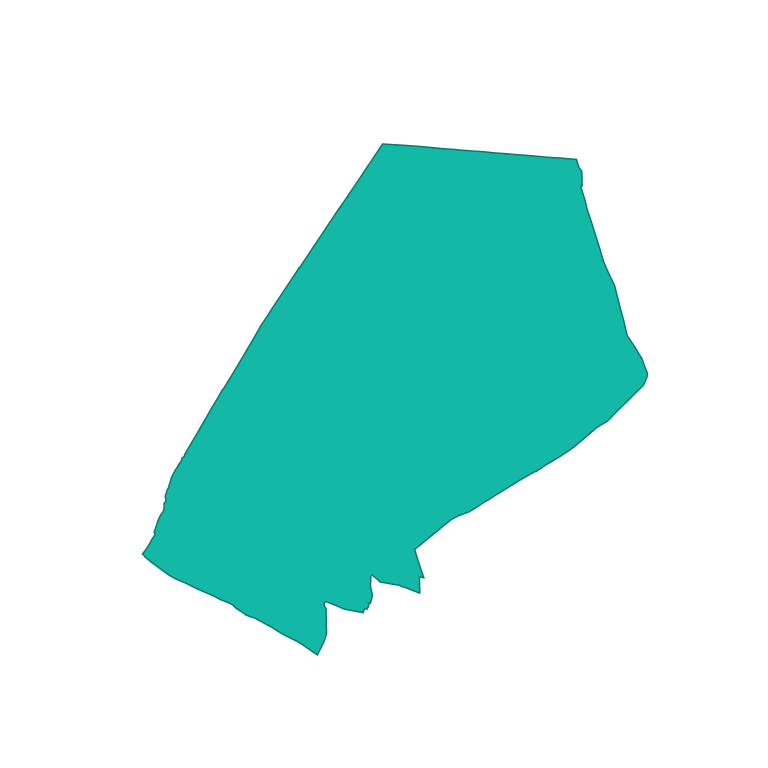 outline of Tam Nong, Ðong Tháp, Vietnam, rotated 318°
{"feature_id": "81297802B81919693811276", "entity_name": "Tam Nong", "entity_type": "district", "adm_level": 2, "iso_a3": "VNM", "parent_name": "Vietnam", "parent_adm1": "Ðong Tháp", "projection": "robinson", "projection_center": [105.496, 10.734], "detail": "fine", "context": "isolated", "style": "filled", "palette": "teal", "viewbox_px": 768, "rotation_deg": 318, "n_neighbors": 0, "source": "geoboundaries", "source_scale": "gbopen_adm2", "svg_char_len": 3943}
<svg xmlns="http://www.w3.org/2000/svg" viewBox="0 0 768 768"><g transform="rotate(318 384 384)"><path d="M597.0,511.4L597.1,510.8L604.7,497.0L611.1,484.3L617.3,472.6L621.1,465.4L621.6,463.8L621.7,463.3L627.1,445.7L629.3,439.5L635.2,427.2L640.2,416.3L645.9,403.8L650.6,393.0L652.4,389.0L655.9,382.9L662.3,369.0L663.0,368.6L663.8,369.4L673.3,358.4L673.8,353.4L677.3,345.9L673.6,342.0L666.2,334.0L657.7,325.4L655.4,322.9L646.6,313.4L641.1,307.5L637.6,304.0L630.7,296.5L628.9,294.6L624.6,290.2L620.6,286.0L619.0,284.2L614.2,278.9L611.0,275.5L604.3,268.7L602.4,266.6L597.2,261.2L593.0,256.5L591.1,254.6L584.1,247.3L575.6,237.9L566.9,228.6L557.7,219.1L548.9,210.2L543.6,204.7L528.3,208.6L523.3,209.9L518.2,211.1L501.5,215.4L491.9,217.8L486.4,219.1L481.2,220.5L468.3,223.5L468.2,223.5L467.7,223.5L453.9,227.1L422.8,235.0L399.0,241.1L398.7,240.8L384.2,244.6L357.3,251.5L352.2,252.8L341.1,255.9L330.4,258.5L328.4,259.4L309.9,265.3L299.0,268.8L293.9,270.4L275.9,275.9L261.0,280.3L260.9,280.3L260.8,280.0L260.6,280.0L251.5,283.0L238.4,287.0L228.8,290.2L223.3,291.9L215.3,294.6L201.0,299.1L189.0,302.9L188.8,303.0L186.9,304.2L184.4,303.8L183.8,304.3L181.4,305.7L179.5,306.1L177.6,306.4L175.9,307.1L173.3,307.9L171.4,308.3L167.1,309.9L163.5,311.2L159.4,313.8L154.7,316.7L151.1,318.1L148.1,320.0L146.2,321.1L145.7,321.9L144.6,324.0L143.3,325.0L142.0,325.3L140.8,325.5L140.1,326.2L137.4,329.3L135.0,330.9L130.4,331.9L125.8,333.7L113.8,340.5L113.7,341.2L113.5,342.1L112.6,342.9L106.6,344.4L102.5,346.0L97.0,347.5L90.7,348.7L90.8,349.0L90.8,353.1L91.9,361.1L94.7,374.5L96.4,382.5L99.1,390.3L103.8,400.2L108.0,411.1L115.3,427.1L115.8,428.2L118.4,435.4L120.5,439.3L122.6,443.8L123.8,446.9L123.8,447.2L123.8,449.4L124.1,452.1L125.2,456.2L126.2,459.7L126.4,460.7L126.8,463.3L128.9,467.5L130.4,469.8L131.6,472.3L133.5,477.5L135.5,483.4L137.8,489.5L139.7,496.7L141.6,502.7L144.6,510.7L146.9,516.3L148.2,520.3L149.1,523.6L150.5,529.6L151.1,532.2L152.1,536.4L152.8,539.1L153.2,540.8L160.9,537.8L167.7,535.0L172.4,532.3L174.0,531.4L177.3,527.6L180.6,523.6L183.6,520.3L190.6,512.2L190.8,510.4L191.6,508.1L193.1,506.6L195.0,506.6L195.9,507.9L201.6,519.7L203.3,523.7L203.9,524.7L205.7,527.2L209.6,532.2L211.9,535.3L215.0,539.1L215.7,540.1L216.7,539.2L219.4,537.9L220.7,540.0L222.5,539.3L224.0,538.7L224.5,538.4L225.0,537.9L225.9,536.4L227.1,537.8L227.4,537.7L228.5,537.0L230.4,535.9L232.6,534.3L233.9,533.3L234.6,532.4L236.2,529.5L237.5,527.0L239.0,525.0L240.0,523.6L242.7,521.3L243.9,519.8L245.3,518.1L247.4,518.1L247.6,519.9L248.0,522.4L248.3,523.6L248.6,527.7L248.7,528.5L248.9,529.1L249.2,529.6L250.4,530.8L251.3,531.9L253.4,534.5L256.1,538.2L259.1,541.8L260.6,543.8L261.6,546.2L263.0,548.2L263.4,549.0L267.7,557.7L270.2,562.6L270.5,563.3L272.7,561.2L275.0,558.3L277.6,555.2L281.3,551.0L283.9,554.7L287.9,545.3L291.7,536.9L296.1,527.4L307.3,528.1L314.7,528.3L320.0,528.6L325.0,528.9L329.2,529.0L333.1,529.2L343.7,529.7L344.3,530.0L345.1,530.2L352.1,532.0L354.6,533.1L356.2,533.7L358.5,534.6L360.1,535.3L361.5,535.8L363.2,536.2L364.3,536.4L365.3,536.6L369.0,537.3L370.7,537.6L371.9,537.8L376.3,538.4L379.8,539.0L383.4,539.8L385.3,540.1L388.6,540.6L391.9,541.2L395.1,541.8L396.8,542.1L402.2,543.0L403.8,543.4L404.6,543.5L405.5,543.7L407.6,544.1L410.6,544.6L413.1,545.1L417.2,545.8L422.2,546.7L424.0,547.1L429.8,548.4L431.0,548.6L431.5,548.7L435.8,549.7L437.3,550.1L438.9,550.8L445.7,551.9L448.0,552.1L450.3,552.5L456.6,553.8L460.3,554.4L464.8,555.4L470.3,556.2L478.3,557.4L480.6,557.7L482.7,557.9L483.3,557.9L489.5,558.1L494.2,558.4L500.1,558.4L512.7,558.7L518.7,559.8L525.4,561.1L530.9,560.8L534.5,560.5L540.2,560.1L543.2,560.0L549.0,559.8L555.9,559.5L559.0,559.3L565.5,559.0L570.2,558.8L574.4,558.7L575.4,558.6L575.9,558.4L578.7,557.5L580.0,556.8L582.2,555.8L584.9,554.2L585.8,553.5L586.3,552.9L586.9,552.3L587.4,551.2L589.5,545.2L591.7,540.1L592.8,537.3L593.2,534.3L593.5,532.8L595.3,523.6L597.0,511.4Z" fill="#14b8a6" stroke="#0f766e" stroke-width="1.5"/></g></svg>